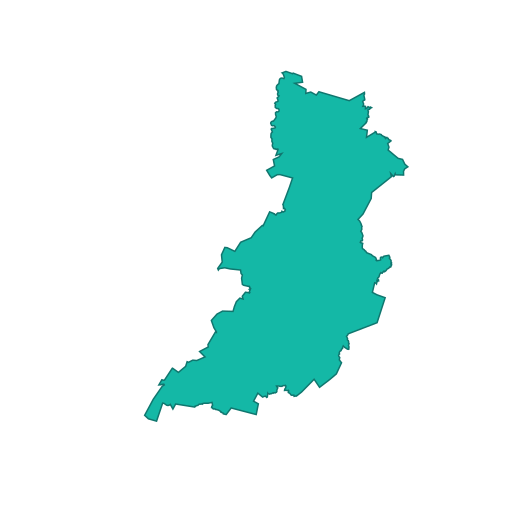 El Oro, Durango, Mexico (Albers equal-area conic projection), rotated 240°
{"feature_id": "50627088B64082944124553", "entity_name": "El Oro", "entity_type": "district", "adm_level": 2, "iso_a3": "MEX", "parent_name": "Mexico", "parent_adm1": "Durango", "projection": "albers", "projection_center": [-105.231, 25.637], "detail": "fine", "context": "isolated", "style": "filled", "palette": "teal", "viewbox_px": 512, "rotation_deg": 240, "n_neighbors": 0, "source": "geoboundaries", "source_scale": "gbopen_adm2", "svg_char_len": 6155}
<svg xmlns="http://www.w3.org/2000/svg" viewBox="0 0 512 512"><g transform="rotate(240 256 256)"><path d="M155.3,347.0L162.0,341.3L166.3,338.6L173.5,345.4L172.7,346.2L171.6,346.4L173.3,347.9L174.2,348.4L173.3,348.8L173.8,349.4L173.3,349.8L174.1,350.2L175.1,349.9L175.8,350.0L176.2,350.8L176.4,352.0L178.2,353.9L179.2,355.8L178.4,356.2L178.0,356.7L178.5,357.3L178.5,358.0L178.8,358.5L178.4,358.9L178.8,359.4L178.1,359.7L178.3,361.2L179.2,363.2L179.0,364.6L179.6,366.6L179.1,367.1L179.9,368.2L180.8,368.6L180.7,368.8L181.4,368.9L181.3,369.4L182.2,369.4L182.4,370.0L183.3,369.9L184.2,370.6L185.2,370.7L187.4,370.4L187.9,370.9L188.0,371.3L190.2,371.4L191.9,366.6L191.2,364.8L192.1,364.6L192.5,363.6L192.1,362.7L190.3,362.0L190.3,361.4L191.5,358.2L192.1,357.9L192.6,358.5L194.9,358.8L198.3,356.8L199.4,356.7L203.5,353.5L205.5,353.4L206.2,352.9L207.1,352.9L209.1,352.0L209.9,352.1L212.4,353.6L213.5,354.7L213.9,354.3L214.3,354.3L215.1,353.3L215.7,353.1L216.7,354.6L216.3,355.0L216.1,355.7L216.6,356.3L218.2,356.7L219.9,358.7L223.7,359.4L224.8,359.0L226.2,361.0L227.9,361.8L228.7,362.7L230.0,362.6L230.6,363.0L233.2,363.2L234.6,363.2L236.7,362.6L238.8,369.6L248.2,384.5L253.2,387.9L257.0,412.9L260.1,413.9L256.1,414.7L256.0,415.4L257.6,417.6L256.6,417.3L252.3,424.3L255.6,426.1L257.1,428.3L257.3,432.1L261.1,430.8L266.4,431.2L269.5,427.9L281.7,423.4L283.8,425.6L287.6,426.3L288.2,430.5L288.8,430.4L290.4,429.2L291.8,429.3L292.8,428.5L293.1,428.6L293.3,428.0L293.2,427.5L293.6,427.8L294.0,427.0L294.3,427.3L294.7,426.8L295.2,426.8L295.8,426.1L296.4,426.0L297.5,425.2L298.5,425.2L300.0,423.8L300.1,423.1L301.5,421.5L303.3,422.1L304.1,421.5L303.7,421.3L303.5,411.0L309.3,415.3L314.2,410.1L316.3,418.1L316.6,418.0L316.9,418.3L317.2,419.4L318.5,420.3L318.7,420.8L319.8,420.6L320.0,421.0L319.5,421.2L320.1,422.2L319.8,422.9L320.0,423.3L320.8,423.2L321.2,423.6L322.5,423.6L324.7,425.5L325.9,425.6L326.5,426.0L326.3,427.7L326.8,429.0L326.7,430.2L327.8,429.6L327.9,428.4L329.3,427.7L328.6,425.7L328.8,424.4L330.8,425.6L331.3,425.2L332.2,423.4L332.9,424.5L334.1,425.3L336.3,425.5L337.0,427.0L336.7,428.0L337.2,428.5L341.0,429.7L341.7,430.3L342.0,431.0L343.5,431.7L343.9,414.4L366.8,392.6L365.2,388.7L370.6,385.4L371.9,380.4L375.3,382.6L386.2,375.9L383.2,383.2L388.8,385.3L395.8,379.6L395.6,378.8L400.9,374.2L401.5,370.2L400.8,370.5L399.1,370.4L396.5,369.9L395.7,368.9L397.2,367.4L397.6,366.1L397.4,365.2L396.9,364.4L393.8,362.0L393.6,360.4L393.0,358.9L391.9,357.9L390.0,357.0L389.5,357.0L389.1,357.5L388.3,357.8L387.4,357.1L386.8,357.2L386.0,356.0L385.0,355.4L384.4,355.3L383.2,356.0L382.8,355.2L382.3,353.3L380.4,353.1L379.0,352.4L379.0,351.5L379.4,350.1L378.9,348.6L377.5,348.8L376.9,348.0L375.1,347.0L373.5,347.6L372.3,349.1L371.1,349.1L370.1,348.5L369.8,347.5L370.2,346.3L370.6,345.9L370.3,344.5L368.5,343.6L366.9,343.4L365.7,342.3L364.1,338.6L364.5,337.8L364.6,336.5L364.1,335.5L363.6,335.1L361.3,334.8L360.5,335.5L359.9,336.9L358.1,337.3L357.7,337.1L357.4,336.5L357.7,335.5L358.1,334.2L358.6,333.6L358.3,332.6L355.2,332.2L354.8,330.8L354.3,330.1L352.3,328.8L351.2,328.2L349.5,328.4L347.4,327.1L345.3,326.9L343.8,325.5L343.0,325.1L340.5,325.0L339.6,325.3L339.5,326.2L338.3,326.6L338.0,327.1L338.2,327.3L338.1,327.8L337.6,327.9L337.5,328.4L337.1,328.3L333.2,323.6L331.9,329.6L330.3,325.6L330.9,319.2L324.7,317.1L324.9,308.1L318.8,308.2L315.8,308.6L315.8,315.0L314.5,317.5L305.3,326.7L298.8,319.3L287.0,304.9L286.2,305.0L283.4,303.6L283.3,304.3L281.7,304.7L281.4,304.1L280.5,303.7L280.4,301.7L281.8,300.8L281.0,300.1L281.5,297.8L282.4,296.4L282.2,295.3L281.5,294.0L281.5,293.7L282.4,293.2L283.3,293.1L283.5,292.6L284.2,292.4L287.4,289.9L278.6,277.3L279.3,276.8L277.2,267.2L274.2,261.0L275.6,249.6L270.6,240.0L277.6,235.2L279.0,233.3L274.3,226.7L267.6,223.7L264.4,216.6L262.7,216.4L263.3,217.7L263.1,218.8L261.4,223.1L257.6,227.3L251.6,235.6L248.3,234.3L246.4,234.7L243.9,232.4L238.2,230.0L236.8,230.7L233.3,234.5L233.2,235.0L232.0,235.1L231.2,233.9L231.3,234.6L230.5,235.1L229.7,234.2L229.9,233.7L229.5,233.9L228.3,232.3L227.8,232.1L227.4,232.3L227.2,231.8L227.9,231.3L229.9,228.8L228.0,224.0L225.2,223.3L227.6,221.0L226.3,216.2L223.0,212.0L219.5,208.4L225.0,199.5L225.2,193.2L222.5,185.1L214.9,183.7L210.1,183.8L209.6,183.5L210.5,182.9L203.3,170.1L201.1,169.2L201.5,159.4L194.1,161.4L195.1,152.4L197.4,149.2L197.7,144.4L198.9,143.5L195.6,139.9L194.0,130.6L200.6,127.6L200.6,127.3L194.3,114.7L194.7,113.7L195.9,112.6L192.9,107.4L192.0,109.3L192.0,110.2L191.1,112.1L190.2,112.1L190.1,109.8L183.3,95.4L173.7,79.9L168.8,81.4L162.7,87.3L175.3,101.6L174.3,102.7L171.5,104.0L170.7,104.8L170.4,105.4L170.3,106.8L170.1,106.9L170.3,107.6L165.0,107.5L168.0,112.4L155.9,127.3L156.4,127.8L156.4,128.2L156.0,128.4L156.2,129.5L155.7,131.0L156.1,132.6L155.0,134.8L155.0,135.6L154.5,135.7L154.7,136.4L154.5,137.3L152.4,141.0L151.2,144.7L148.3,143.7L148.0,142.7L146.9,141.7L146.2,142.4L145.3,142.3L144.5,143.0L144.6,143.3L144.1,144.0L143.1,144.4L142.8,145.0L141.1,146.6L138.7,147.8L138.4,147.5L136.1,149.1L135.6,148.8L133.6,150.9L136.8,158.5L118.6,176.9L126.8,184.1L131.5,181.3L136.3,189.0L130.5,191.2L130.3,193.0L129.8,194.2L128.2,194.5L128.2,195.3L131.1,197.5L130.6,197.5L130.5,198.0L129.5,198.8L129.5,199.7L129.0,200.6L129.0,202.4L128.4,202.7L128.6,203.4L127.8,204.3L127.9,204.6L127.8,205.5L128.1,206.2L129.6,207.1L130.8,208.8L131.3,209.1L132.2,208.6L133.2,208.7L132.0,210.8L131.0,211.7L130.6,212.7L130.1,213.2L130.3,214.7L129.6,215.5L129.4,216.7L128.4,216.9L127.0,215.8L126.3,214.3L125.3,213.5L124.7,214.9L123.7,215.9L123.5,216.9L122.9,216.9L121.6,215.7L120.2,216.6L118.0,216.9L117.5,217.4L116.6,219.2L115.4,218.8L114.8,220.5L114.8,221.2L114.5,221.2L115.4,227.4L120.2,244.7L110.5,245.4L112.2,258.3L113.7,266.6L120.8,276.7L124.4,276.2L126.3,277.8L127.7,277.5L128.8,277.9L129.3,278.7L129.4,279.4L130.4,279.5L131.5,280.8L131.5,282.3L132.6,283.6L132.6,284.7L133.4,285.1L134.5,286.6L132.8,287.0L129.6,288.6L128.9,289.5L129.0,290.0L130.0,290.2L130.2,290.7L130.8,291.1L132.4,291.4L133.6,292.8L134.4,292.6L135.1,293.2L136.5,293.6L137.5,293.2L138.2,293.5L138.7,294.0L141.2,294.2L141.8,296.0L142.5,297.0L137.7,327.5L155.3,347.0Z" fill="#14b8a6" stroke="#0f766e" stroke-width="1.5"/></g></svg>